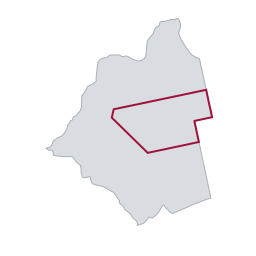 Botswana, with Ghanzi highlighted, rotated 168°
{"feature_id": "BWA-1191", "entity_name": "Ghanzi", "entity_type": "District", "adm_level": 1, "iso_a3": "BWA", "parent_name": "Botswana", "parent_adm1": "", "projection": "natural_earth1", "projection_center": [20.983, -22.159], "detail": "fine", "context": "in_parent", "style": "outline", "palette": "rose", "viewbox_px": 256, "rotation_deg": 168, "n_neighbors": 0, "source": "natural_earth", "source_scale": "10m", "svg_char_len": 3172}
<svg xmlns="http://www.w3.org/2000/svg" viewBox="0 0 256 256"><g transform="rotate(168 128 128)"><path d="M139.2,30.9L138.9,32.0L138.6,33.5L138.9,34.7L139.6,36.2L140.7,37.6L141.5,38.4L142.4,40.4L143.3,42.9L144.6,44.8L148.2,49.2L148.6,50.8L149.1,52.4L151.4,55.4L151.8,56.5L151.6,58.5L153.9,64.7L155.5,68.3L156.8,69.0L161.0,72.8L164.6,75.9L168.9,78.0L172.1,79.3L173.6,80.3L174.4,81.3L175.0,83.2L175.3,86.4L175.4,88.4L178.8,88.4L181.6,88.5L182.6,89.0L182.9,89.5L182.8,90.9L182.9,93.0L183.0,94.6L182.7,96.4L182.4,98.4L182.3,101.0L182.7,102.0L185.4,105.2L186.5,107.3L187.7,110.5L188.4,111.5L188.9,111.9L191.4,112.2L197.7,113.6L201.5,114.8L204.6,116.0L205.9,116.4L206.5,116.7L206.7,117.0L206.3,119.8L206.4,120.6L206.7,121.4L207.3,122.1L207.9,122.5L210.2,122.7L211.6,124.4L212.5,125.2L208.3,125.6L206.1,127.0L204.9,129.5L203.0,131.4L200.3,132.5L197.6,133.3L194.7,133.8L191.6,135.9L188.2,139.8L186.5,142.2L186.5,143.2L185.7,144.1L184.3,144.8L183.5,145.7L183.3,146.7L182.6,147.2L181.2,147.2L180.3,147.9L179.8,149.4L178.6,150.4L176.8,150.7L175.3,151.6L173.9,153.0L172.9,153.7L172.2,153.7L171.1,154.9L169.3,157.6L169.0,158.9L166.5,169.1L165.1,170.3L162.5,172.4L160.4,174.9L159.5,176.4L158.5,177.1L153.8,178.3L152.0,179.0L149.8,180.0L149.3,180.8L148.7,184.0L147.2,188.5L146.0,191.9L145.2,194.8L143.8,198.4L142.6,199.6L141.2,200.7L139.5,201.3L137.1,201.6L135.0,201.5L133.3,201.6L131.0,202.9L128.8,202.9L125.4,202.2L122.6,201.5L121.4,201.3L118.9,199.0L117.4,199.0L114.9,198.8L113.6,198.3L112.3,197.1L109.6,194.7L107.0,192.8L104.6,191.6L102.4,191.1L100.3,191.6L98.7,192.1L98.1,192.4L96.8,193.3L95.5,195.2L94.4,198.2L94.0,200.0L92.8,203.8L91.2,208.4L90.4,209.7L89.5,210.7L88.1,211.6L83.6,215.2L81.3,219.3L79.9,220.5L78.2,221.1L76.8,221.4L76.0,222.1L75.1,224.2L74.3,224.9L73.4,225.2L70.8,224.9L70.0,224.7L63.2,225.1L61.1,224.5L59.6,224.2L57.3,225.1L56.3,224.5L55.5,222.8L55.1,219.3L55.3,216.4L56.5,214.2L57.6,212.5L58.6,210.4L58.8,209.4L58.5,208.6L58.3,206.8L58.2,205.0L56.8,201.1L54.9,195.9L52.5,190.1L51.7,188.6L50.2,186.0L44.5,181.3L43.7,180.6L43.7,180.1L43.7,175.4L43.6,169.3L43.6,163.1L43.6,157.0L43.6,150.8L43.6,144.7L43.5,138.5L43.5,132.4L43.5,126.2L43.5,121.0L47.6,121.0L52.7,121.0L58.7,121.0L61.4,121.0L61.5,120.2L61.5,116.4L61.5,107.7L61.5,98.9L61.5,90.2L61.5,81.4L61.5,72.7L61.5,64.0L61.5,55.2L61.5,46.5L61.5,42.2L66.1,41.9L71.5,41.0L80.3,39.6L88.4,37.8L93.7,36.8L100.0,35.6L102.2,35.3L102.8,35.5L103.6,35.9L106.5,40.3L108.4,43.6L108.7,45.0L109.1,45.2L109.9,45.0L110.9,44.4L113.9,41.1L114.5,40.3L116.4,38.6L118.7,37.0L120.8,35.9L122.9,34.9L123.8,35.1L125.0,36.0L126.0,36.5L130.8,32.5L132.9,31.5L138.5,30.8L139.2,30.9Z" fill="#d9dde1" stroke="#a8b0b8" stroke-width="1"/><path d="M43.6,149.1L43.6,146.9L43.6,143.2L43.6,139.5L43.6,135.8L43.6,132.6L43.5,129.4L43.5,126.1L43.5,122.9L43.5,121.1L47.7,121.1L51.9,121.1L56.2,121.1L60.4,121.1L61.4,121.1L61.6,120.3L61.6,119.4L61.6,118.2L61.6,116.9L61.6,115.7L61.6,114.4L61.6,113.2L61.6,112.0L61.6,110.7L61.6,109.5L61.6,108.3L61.6,107.0L61.6,105.8L61.6,104.6L61.6,103.3L61.6,102.1L61.6,100.9L61.6,99.6L61.9,99.6L113.9,99.6L141.7,141.5L138.1,149.3L98.9,149.2L43.9,149.1L43.6,149.1Z" fill="none" stroke="#9f1239" stroke-width="2"/></g></svg>